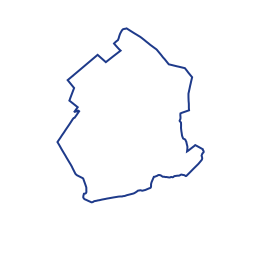 Kwanza, Rift Valley, Kenya, rotated 40°
{"feature_id": "3690345B32096026427645", "entity_name": "Kwanza", "entity_type": "district", "adm_level": 2, "iso_a3": "KEN", "parent_name": "Kenya", "parent_adm1": "Rift Valley", "projection": "robinson", "projection_center": [35.017, 1.14], "detail": "fine", "context": "isolated", "style": "outline", "palette": "blue", "viewbox_px": 256, "rotation_deg": 40, "n_neighbors": 0, "source": "geoboundaries", "source_scale": "gbopen_adm2", "svg_char_len": 3586}
<svg xmlns="http://www.w3.org/2000/svg" viewBox="0 0 256 256"><g transform="rotate(40 128 128)"><path d="M199.0,96.2L196.8,96.6L192.3,97.5L190.5,97.9L190.4,98.5L190.3,99.4L190.1,100.1L189.3,103.8L188.7,106.7L188.3,108.0L187.0,106.0L186.7,105.6L185.6,104.2L184.6,103.4L184.0,103.0L181.9,101.4L181.4,101.0L180.8,100.8L179.6,100.2L178.9,100.1L177.9,100.4L177.0,100.6L176.0,100.1L174.3,99.1L172.3,97.3L171.0,96.2L169.1,94.4L168.5,93.8L167.8,92.9L166.4,91.2L165.1,89.8L164.3,89.6L163.5,89.6L162.9,89.3L162.6,88.4L162.4,87.6L162.1,87.1L161.8,86.6L160.9,85.6L160.4,85.1L159.9,84.6L159.5,84.1L159.1,83.6L158.8,83.1L159.5,81.7L163.4,75.2L161.7,73.5L160.2,71.7L159.0,70.3L157.1,68.4L154.5,65.5L152.3,62.9L152.0,62.4L151.4,61.2L151.0,60.5L149.8,58.2L148.5,55.8L147.4,53.6L146.7,52.3L144.9,48.7L144.5,47.9L138.6,46.8L136.5,46.3L133.1,45.6L127.5,48.4L125.8,49.3L120.9,51.7L118.3,53.0L111.8,51.7L109.4,51.4L106.3,50.7L105.7,50.6L99.6,49.5L98.9,49.5L96.2,49.7L92.9,49.9L91.5,50.0L90.9,50.0L89.3,50.0L86.1,50.1L84.0,50.1L80.7,50.2L78.9,50.3L71.1,51.5L62.9,52.6L62.1,53.8L61.5,54.4L60.7,55.6L60.6,56.6L60.7,57.7L61.1,59.8L61.5,61.3L62.4,63.6L63.2,65.3L63.8,67.2L63.5,68.4L63.3,69.4L63.0,71.5L63.0,72.3L66.3,72.8L67.0,72.9L70.1,73.3L71.1,73.4L72.6,73.5L70.5,83.1L68.7,91.8L57.7,91.5L54.4,110.6L52.4,122.1L51.0,130.1L61.0,132.0L64.5,142.0L65.0,143.3L65.5,144.7L76.1,144.4L76.5,149.8L76.9,149.8L77.4,148.9L77.9,148.4L78.1,147.8L78.2,147.3L78.6,146.8L79.3,146.6L79.8,146.6L80.3,151.5L80.5,154.5L80.0,155.3L80.0,156.8L80.4,159.9L80.8,163.2L81.1,166.3L81.4,169.4L81.8,172.6L82.1,176.0L82.5,179.2L82.8,182.5L83.0,184.1L86.7,185.4L90.9,187.0L95.2,188.5L98.4,189.6L99.1,189.9L103.4,191.4L107.5,192.8L109.9,193.7L110.9,194.2L113.7,195.4L117.2,196.9L118.6,197.0L119.2,197.0L120.1,196.8L123.1,196.1L125.6,195.5L126.3,195.6L132.3,199.1L133.4,199.8L134.1,200.2L134.7,200.8L136.3,202.7L137.2,203.7L137.5,204.3L137.6,205.2L137.3,205.8L136.9,206.2L136.5,206.7L137.5,208.8L138.3,209.9L139.0,210.2L139.7,210.4L140.3,210.4L141.1,210.3L141.7,210.1L142.5,209.8L143.1,209.7L144.6,209.3L147.0,208.6L147.5,208.5L147.9,208.3L148.4,207.7L148.7,207.2L148.9,206.6L149.2,205.7L149.8,205.0L150.8,203.8L151.5,202.8L152.4,201.8L154.2,199.4L156.5,196.6L157.0,195.9L158.7,193.9L161.2,190.9L161.7,190.3L163.7,188.0L164.7,186.8L165.1,186.4L165.8,185.7L167.5,184.2L168.1,183.3L169.1,182.3L170.5,179.9L170.9,179.4L174.0,175.1L174.5,174.3L174.7,173.8L174.9,173.3L175.4,171.8L175.7,170.6L175.9,169.6L176.4,169.0L176.9,168.5L177.3,167.9L177.8,167.5L178.4,167.3L179.2,166.9L179.7,166.3L180.1,165.7L180.4,165.3L181.0,164.5L181.5,163.6L181.7,163.1L182.0,162.6L182.4,161.8L182.6,161.3L183.1,160.5L183.5,159.8L183.7,159.0L183.4,158.3L183.0,157.7L182.6,157.2L181.9,156.4L181.5,155.7L180.9,154.4L179.2,148.8L179.8,148.2L180.1,147.6L180.6,146.7L181.0,146.0L181.2,145.4L181.4,144.8L181.9,144.1L182.4,143.8L183.1,143.4L183.7,143.2L184.4,143.2L185.9,143.0L186.6,142.4L187.2,142.0L187.7,141.8L188.5,141.3L189.1,140.7L189.9,140.3L190.4,140.0L191.4,139.4L192.0,138.8L192.3,138.1L192.6,137.7L193.2,137.4L193.9,137.0L194.2,136.4L194.3,135.7L194.5,135.0L195.0,134.5L195.5,133.9L196.4,132.9L196.9,132.4L197.4,132.0L197.8,131.6L198.3,130.5L198.5,129.8L198.8,129.4L199.5,129.0L200.2,128.7L201.1,128.1L201.7,127.9L203.1,127.7L203.5,127.2L204.0,121.8L204.3,117.7L204.7,113.5L205.0,110.2L205.0,108.9L205.0,107.9L205.0,107.1L205.0,105.4L204.9,104.7L204.6,103.9L204.2,103.4L203.3,102.6L202.8,102.3L202.2,102.0L201.9,101.3L201.8,100.7L201.4,99.9L201.4,99.2L201.5,98.5L201.4,97.7L200.7,97.1L199.5,96.7L199.0,96.2Z" fill="none" stroke="#1e3a8a" stroke-width="2"/></g></svg>